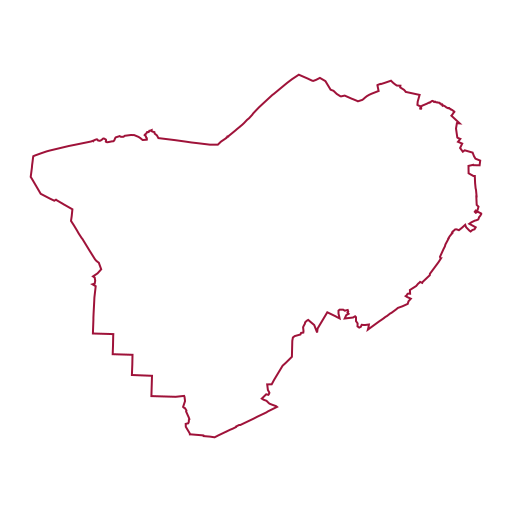 Brantu pag., Smiltenes, Latvia
{"feature_id": "27541924B83943898242437", "entity_name": "Brantu pag.", "entity_type": "district", "adm_level": 2, "iso_a3": "LVA", "parent_name": "Latvia", "parent_adm1": "Smiltenes", "projection": "mercator", "projection_center": [25.808, 57.37], "detail": "fine", "context": "isolated", "style": "outline", "palette": "rose", "viewbox_px": 512, "rotation_deg": 0, "n_neighbors": 0, "source": "geoboundaries", "source_scale": "gbopen_adm2", "svg_char_len": 5934}
<svg xmlns="http://www.w3.org/2000/svg" viewBox="0 0 512 512"><path d="M88.1,142.1L74.4,144.9L73.3,145.1L68.8,146.0L49.5,150.6L46.6,151.4L41.6,153.1L35.2,155.4L33.3,156.2L33.0,158.0L32.6,161.4L32.1,165.1L31.9,167.7L30.7,176.9L32.2,179.3L40.7,193.8L50.1,198.7L54.3,200.7L56.0,199.7L56.8,200.3L63.8,204.4L64.2,204.7L64.5,204.8L72.4,209.3L71.7,216.2L71.0,220.9L73.8,225.2L77.0,230.5L78.7,233.5L81.7,238.1L82.4,238.9L89.6,250.7L95.0,259.3L96.1,260.6L97.5,261.8L98.8,262.7L101.2,269.3L97.5,273.4L93.0,276.4L94.7,277.6L95.2,280.7L94.7,283.6L92.5,284.3L95.7,286.2L94.4,297.5L94.2,301.8L93.6,313.1L93.4,317.7L93.4,319.8L92.9,333.5L106.7,333.9L113.3,334.1L113.2,335.9L113.0,346.0L112.7,354.2L132.5,354.8L132.3,364.6L131.9,375.0L152.0,375.8L151.4,396.1L175.7,396.8L184.1,395.9L184.5,396.9L184.9,399.8L185.0,401.2L183.1,406.9L183.9,407.7L185.0,408.2L186.4,410.5L186.1,411.5L188.1,416.0L188.5,416.8L189.4,419.2L188.9,419.9L188.8,421.9L188.2,423.3L187.2,423.5L185.7,423.9L185.8,426.8L188.2,430.8L189.9,433.7L189.9,434.4L191.3,434.4L203.4,435.4L203.6,435.5L203.7,435.8L203.7,436.1L209.9,436.6L214.6,437.3L216.4,436.4L218.1,435.5L227.3,431.1L230.2,429.7L232.7,428.7L236.1,427.0L236.1,426.5L239.1,425.0L240.3,425.0L253.7,418.6L257.3,416.7L266.4,412.4L267.9,411.4L277.0,406.9L276.5,406.5L276.0,406.1L271.8,404.6L269.6,403.7L268.9,403.2L267.2,401.5L266.5,400.8L265.7,400.5L263.5,399.7L261.8,398.6L266.2,394.3L268.4,394.8L269.0,393.9L269.4,392.8L268.7,391.4L267.9,390.0L267.2,384.4L271.7,384.3L274.0,380.0L281.7,367.2L282.6,365.7L285.6,363.0L291.9,356.8L292.3,340.8L292.9,337.5L294.7,336.1L300.4,334.5L301.1,332.9L303.3,332.6L303.5,331.2L303.1,327.2L303.6,326.1L303.7,325.9L303.9,325.5L304.8,323.9L305.0,323.2L305.1,322.4L306.7,320.8L308.2,319.9L311.1,322.4L314.2,325.0L317.1,332.5L317.6,328.5L327.3,312.3L335.8,316.4L336.4,316.8L339.6,318.4L339.1,316.0L338.5,313.7L338.5,310.6L339.6,309.7L343.2,309.7L344.8,310.7L347.7,310.0L348.2,311.6L347.5,312.7L348.6,313.8L346.2,315.2L344.7,318.5L353.1,317.5L355.1,316.3L356.0,317.2L356.0,321.1L357.6,323.4L357.5,326.4L359.2,327.6L360.8,326.8L361.7,324.8L363.7,325.0L365.2,325.0L368.9,324.5L368.4,327.7L367.9,329.6L379.7,321.0L380.8,320.3L384.1,318.0L384.1,317.9L385.6,316.8L387.0,316.0L390.3,313.4L391.4,312.9L396.0,309.5L397.9,307.9L402.4,306.3L407.7,303.9L408.5,301.3L410.8,298.7L406.9,296.9L405.7,296.1L406.6,295.4L407.6,293.8L408.2,293.6L410.1,293.7L409.9,290.0L416.2,286.0L418.1,283.7L419.6,282.5L420.1,281.9L422.2,282.9L422.7,281.9L429.8,275.2L429.9,273.8L438.5,262.2L441.0,258.3L440.5,258.3L440.0,256.8L443.6,248.9L444.9,246.4L445.4,244.5L448.6,238.5L448.4,238.4L449.4,236.7L450.2,235.6L452.2,233.3L451.8,233.2L452.5,231.7L454.0,230.5L455.0,229.5L456.1,229.3L457.0,229.5L458.9,230.2L461.8,227.9L465.2,224.8L466.1,227.2L469.4,230.6L470.6,231.5L472.4,230.0L474.5,229.3L475.7,227.3L469.3,223.8L471.4,222.3L474.9,220.6L476.2,220.3L478.0,219.6L478.6,218.8L479.0,217.3L480.3,215.7L481.3,213.9L481.2,213.5L477.7,211.7L475.8,212.8L474.8,211.8L475.7,210.5L476.8,210.9L477.6,209.9L478.5,206.7L476.7,204.9L476.3,196.4L476.6,196.4L476.0,189.9L475.6,188.2L475.1,183.2L474.8,176.0L473.4,176.0L468.6,173.3L468.5,165.9L472.9,164.9L472.9,165.1L473.8,165.2L479.6,165.3L479.7,164.6L480.2,160.6L475.5,158.7L475.3,158.5L474.6,157.1L474.2,156.7L472.6,152.6L464.7,150.3L462.8,151.7L460.1,148.0L462.2,143.6L459.6,142.5L458.0,141.8L460.3,138.9L457.8,137.9L457.3,137.5L456.0,128.5L456.9,123.2L459.7,123.4L451.4,115.7L452.5,114.4L453.5,112.8L454.2,112.2L454.4,111.8L454.3,111.7L454.2,111.5L453.3,110.9L452.6,110.3L452.2,110.0L451.7,109.8L450.8,109.2L450.6,109.3L450.3,108.9L449.9,108.8L449.1,108.0L448.3,108.0L447.6,107.9L447.6,108.0L446.3,107.4L445.8,106.9L445.3,106.5L443.4,105.5L443.1,105.5L442.9,105.6L442.7,105.3L442.5,104.9L442.3,105.2L442.1,104.8L441.2,104.5L440.7,103.6L439.9,103.5L439.7,103.0L439.0,102.6L438.1,102.7L437.2,102.3L436.4,102.4L435.9,102.2L435.3,101.7L434.5,101.7L434.2,102.0L433.9,101.9L433.2,101.2L432.5,100.9L431.8,101.1L429.8,102.6L429.6,102.4L428.8,102.7L426.9,103.7L422.1,105.7L421.4,106.4L421.1,107.0L421.1,107.8L421.2,108.6L421.0,108.8L420.2,108.6L420.6,106.2L418.8,105.7L417.4,104.9L417.7,101.6L419.6,94.9L405.7,91.9L405.2,91.1L404.0,89.8L400.2,87.4L400.4,85.7L397.5,85.6L396.7,85.5L394.6,84.0L392.9,82.6L391.0,80.7L384.6,82.9L380.8,84.1L380.4,83.9L377.5,85.0L377.4,85.1L378.6,91.0L376.5,91.8L373.4,93.0L371.4,93.8L369.2,94.8L366.8,96.2L364.7,97.9L363.4,99.1L362.3,99.9L357.9,101.3L356.9,100.8L353.3,99.3L351.7,98.7L344.7,95.6L341.0,96.4L340.3,96.2L338.4,95.0L336.7,93.9L333.5,90.8L330.6,89.7L325.4,81.1L319.9,77.9L316.0,79.9L313.3,80.9L312.2,80.7L308.8,79.1L308.0,78.7L298.8,74.7L292.0,79.2L287.5,82.6L284.8,84.8L273.7,94.0L272.3,95.0L259.0,107.3L256.3,110.1L253.1,113.5L252.3,114.7L249.0,118.3L247.1,119.8L245.6,121.4L244.0,123.1L242.3,124.7L236.6,129.4L235.5,130.4L228.4,136.2L228.3,136.5L227.7,136.3L227.4,136.4L227.2,137.0L227.0,137.3L226.4,137.6L226.3,138.1L225.6,138.5L221.0,141.6L217.8,144.7L210.2,144.7L197.0,143.1L191.6,142.5L184.9,141.5L174.8,140.1L158.4,138.1L156.9,135.4L154.7,133.6L154.4,132.1L152.7,131.7L151.5,131.1L151.6,130.1L150.4,130.6L149.3,130.8L149.0,131.7L148.5,132.1L147.6,132.0L146.9,132.2L146.6,132.9L146.4,133.5L145.9,133.8L144.8,134.7L144.6,135.1L145.9,136.3L146.1,137.3L146.2,137.6L146.6,137.9L146.8,138.1L146.8,138.3L146.8,138.7L146.9,139.3L146.8,139.7L142.7,140.0L142.5,139.9L140.2,138.0L138.5,136.9L134.2,135.1L130.9,135.0L124.7,135.8L123.6,136.7L123.1,136.8L120.9,136.8L119.6,136.1L119.4,136.2L115.9,137.3L115.6,137.5L115.1,138.3L114.6,139.6L114.3,140.3L113.6,141.1L113.1,141.3L112.1,141.3L110.8,141.6L109.3,141.9L107.7,142.2L107.0,142.2L106.3,142.0L105.8,141.6L105.8,141.4L106.1,140.5L106.0,139.8L105.9,139.6L104.2,138.6L103.4,138.5L102.9,138.7L102.0,139.6L100.5,140.6L99.5,140.8L99.1,140.7L98.1,140.5L97.9,140.4L97.4,139.6L97.0,139.3L96.7,139.3L95.2,139.8L94.1,140.3L93.5,140.9L93.4,140.6L91.0,141.5L88.1,142.1Z" fill="none" stroke="#9f1239" stroke-width="2"/></svg>